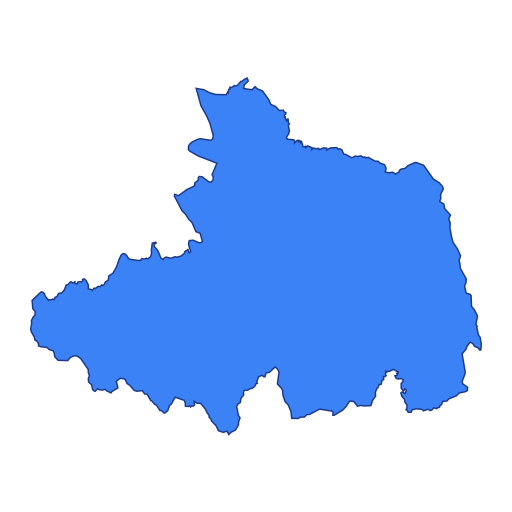 the district of Doi Tao, Chiang Mai, Thailand
{"feature_id": "78962969B78761446480435", "entity_name": "Doi Tao", "entity_type": "district", "adm_level": 2, "iso_a3": "THA", "parent_name": "Thailand", "parent_adm1": "Chiang Mai", "projection": "robinson", "projection_center": [98.654, 17.929], "detail": "fine", "context": "isolated", "style": "filled", "palette": "blue", "viewbox_px": 512, "rotation_deg": 0, "n_neighbors": 0, "source": "geoboundaries", "source_scale": "gbopen_adm2", "svg_char_len": 6029}
<svg xmlns="http://www.w3.org/2000/svg" viewBox="0 0 512 512"><path d="M385.3,171.9L386.1,168.3L384.6,164.8L379.5,162.8L378.3,161.3L374.9,161.1L368.2,157.3L365.9,157.8L364.5,156.8L363.0,157.4L361.1,155.8L357.6,156.5L354.8,156.1L353.2,157.4L351.2,157.5L345.9,154.5L343.6,154.0L341.8,149.7L339.4,148.7L338.4,149.3L336.7,147.6L330.6,147.9L326.5,150.1L326.7,148.2L323.5,147.8L319.4,149.7L318.6,148.3L316.0,148.8L313.7,148.0L311.6,149.6L312.0,147.7L308.6,146.2L307.4,145.9L305.9,147.6L305.5,146.3L304.1,147.1L303.0,146.6L301.7,142.2L300.6,142.9L300.2,142.0L300.9,141.2L299.3,140.5L298.5,141.4L298.3,140.4L296.8,140.7L294.5,142.9L294.7,141.3L293.8,139.8L287.2,139.2L286.5,137.0L288.6,134.0L289.4,131.0L288.3,124.9L289.5,123.9L288.3,122.6L288.1,119.1L287.3,119.1L286.5,120.7L285.1,118.0L285.4,116.9L284.6,116.9L284.4,114.8L285.7,114.1L285.9,112.6L284.2,112.1L283.4,110.2L279.3,110.5L275.7,106.6L270.7,104.4L269.1,100.2L262.4,90.8L257.4,88.9L255.0,86.6L252.0,89.8L243.6,88.5L244.4,84.7L247.9,81.5L248.2,80.2L247.2,78.8L247.3,77.5L246.6,78.7L245.0,78.9L241.6,81.6L240.8,81.4L237.6,85.2L235.6,86.0L234.3,85.6L232.0,87.3L229.9,87.3L230.0,89.0L228.8,89.2L229.0,90.7L227.8,91.5L228.0,92.7L227.6,92.4L226.0,94.7L215.8,94.5L209.8,92.8L203.7,89.7L196.2,88.4L201.0,105.8L206.6,115.8L210.0,123.5L213.2,135.4L213.0,137.5L212.3,139.3L210.6,140.3L200.3,138.7L197.2,139.5L192.1,142.0L189.8,144.0L188.5,146.2L188.4,149.7L189.9,151.2L198.5,156.1L216.9,163.2L212.1,174.6L213.2,177.0L213.0,180.1L211.5,181.7L210.1,182.3L208.5,181.6L202.1,176.8L199.4,176.5L198.4,177.3L198.2,180.1L194.8,183.0L194.5,186.0L187.1,189.4L178.4,195.7L174.8,194.3L174.3,195.9L182.0,210.7L185.5,214.2L188.7,219.3L192.0,222.5L196.0,231.7L200.2,233.4L202.4,241.5L201.2,242.5L199.2,242.8L193.2,240.2L189.2,240.6L188.5,244.3L190.7,251.5L189.5,252.8L188.9,252.8L187.9,249.5L184.7,251.7L184.5,253.2L180.7,256.2L176.6,257.2L175.1,256.7L170.8,258.3L166.1,257.1L164.3,257.9L163.2,259.6L160.9,257.9L157.7,250.4L154.3,246.5L154.2,244.4L156.2,243.0L155.7,242.2L152.3,243.1L151.4,249.5L151.5,254.0L150.4,256.9L147.5,259.0L146.2,258.1L144.3,259.2L141.9,258.5L140.5,260.4L138.3,260.5L129.9,259.3L128.6,258.5L126.6,255.4L124.7,253.7L123.3,253.6L121.4,254.7L119.1,259.3L116.5,267.0L112.9,273.3L108.9,275.8L108.1,280.3L105.3,282.0L104.2,284.6L102.7,285.6L101.8,284.8L100.3,286.5L98.0,286.5L95.2,288.6L94.2,288.1L92.2,290.6L91.4,289.6L88.4,288.9L88.3,284.9L86.1,280.5L84.3,278.9L82.6,279.3L82.6,281.0L81.9,281.6L77.9,282.0L77.1,284.0L74.5,283.1L74.8,281.9L72.5,282.9L70.9,281.7L70.2,282.1L68.0,284.6L66.2,285.0L64.1,290.4L61.5,293.0L58.6,293.4L56.7,297.0L55.1,297.2L54.3,299.6L52.5,299.0L51.0,300.0L49.0,299.6L48.3,300.2L45.0,295.7L44.6,293.8L42.7,292.1L41.1,291.9L32.1,300.4L32.8,308.7L35.2,311.6L34.9,315.4L33.1,317.1L31.4,320.7L31.7,323.1L30.7,328.9L31.2,331.5L34.5,337.5L34.6,339.6L35.5,340.6L36.6,340.7L38.6,343.8L38.4,345.8L41.1,346.8L46.8,347.3L49.3,349.6L53.2,350.8L54.2,353.1L54.7,356.7L58.1,360.3L67.7,360.6L70.2,357.6L74.1,355.7L77.4,356.2L80.6,358.4L88.3,369.6L88.3,372.6L89.4,375.6L88.3,378.8L88.6,382.0L91.7,384.8L92.6,389.6L94.4,391.1L95.2,391.3L97.6,388.6L98.9,389.6L102.2,390.1L105.1,389.3L106.7,390.9L111.0,392.9L111.8,391.6L117.9,387.9L116.4,381.4L119.6,378.6L121.5,378.4L125.0,379.1L127.1,383.6L129.8,385.3L134.1,390.3L136.7,391.2L142.5,390.7L144.6,394.0L147.1,394.2L150.8,400.6L152.0,401.1L154.9,404.6L156.4,405.0L159.9,410.5L161.7,410.7L163.9,413.0L165.1,413.0L167.8,410.5L169.4,405.8L171.3,404.1L175.2,397.2L184.2,400.3L185.3,403.0L185.4,406.2L188.0,406.5L189.2,405.8L190.6,407.0L191.3,406.1L193.7,406.0L194.5,404.9L194.2,401.3L197.2,403.3L200.6,403.3L205.4,409.1L207.3,413.2L208.9,414.9L209.2,417.3L211.0,419.2L211.4,420.8L216.1,425.8L218.4,430.7L223.2,432.3L227.1,431.2L228.7,434.5L231.0,432.3L235.5,430.0L238.4,424.9L238.5,422.3L240.0,417.9L238.5,415.7L236.6,406.5L238.3,403.7L240.3,402.5L240.9,398.4L243.8,394.7L243.3,392.9L244.3,390.2L247.5,390.2L250.7,388.4L252.0,388.5L254.7,386.4L256.1,383.6L257.3,383.4L256.7,382.1L258.5,376.9L262.0,375.3L264.0,376.9L265.0,376.7L266.0,373.0L269.4,372.3L275.1,367.0L277.8,369.3L279.0,372.3L277.4,384.0L281.7,388.5L282.6,390.7L283.0,395.5L285.1,401.6L288.2,404.9L291.0,411.7L291.7,418.3L298.2,418.5L300.4,417.1L304.3,417.1L306.9,414.6L309.7,414.4L319.6,409.1L331.9,411.1L333.1,411.9L332.8,415.2L334.3,415.2L342.8,410.0L346.4,406.1L349.4,401.5L350.5,401.0L353.8,401.6L357.5,406.2L360.6,405.4L364.3,406.0L370.9,405.6L372.6,400.4L375.5,396.3L375.4,392.2L377.0,388.2L378.0,387.6L379.1,384.6L381.2,384.2L382.0,380.3L383.7,379.6L383.4,376.6L384.2,376.9L386.1,375.7L385.4,373.7L385.6,372.7L386.5,372.4L385.9,371.2L389.2,371.5L393.2,369.4L398.3,372.0L398.2,372.9L396.7,373.3L397.5,374.8L397.2,375.2L394.9,375.8L396.1,378.2L397.3,378.9L401.8,378.7L403.1,379.6L402.8,381.8L401.2,383.4L401.2,388.1L403.5,391.2L405.0,388.7L406.0,389.5L406.2,390.9L405.2,393.4L402.1,392.0L400.9,392.9L401.8,396.3L404.5,399.4L405.0,402.4L407.0,404.8L406.9,408.2L406.1,409.7L407.2,410.3L408.1,412.2L411.1,412.3L412.3,409.7L416.6,408.8L421.8,409.3L423.5,410.8L427.8,409.3L430.5,410.5L432.1,409.8L433.8,407.8L436.6,408.7L437.8,407.6L439.5,407.4L439.9,405.6L441.4,404.7L442.8,401.4L446.9,401.0L448.9,398.8L456.4,395.8L459.2,393.0L465.4,391.7L467.4,390.5L467.5,387.2L462.9,384.0L462.0,381.7L465.0,373.9L465.2,371.8L462.1,353.9L465.9,349.3L467.2,345.9L470.1,342.2L472.7,343.4L474.4,346.2L478.5,348.2L479.8,350.1L480.9,349.9L481.3,343.9L480.1,337.3L478.4,334.9L476.9,327.9L477.1,326.2L475.9,324.3L477.5,316.1L474.4,309.8L471.5,306.4L471.1,295.6L470.1,294.3L466.7,293.4L465.9,292.0L464.6,285.9L466.0,282.5L466.3,279.1L460.2,268.0L459.9,263.4L459.0,260.8L460.5,255.7L457.3,248.6L453.1,242.5L452.0,238.8L449.9,228.0L450.2,223.0L448.9,219.7L449.1,217.8L450.5,215.2L444.8,208.7L443.9,204.2L439.6,201.4L440.8,198.8L440.6,194.2L443.3,189.0L442.5,186.4L439.3,182.8L433.4,179.1L423.7,165.3L416.6,162.6L415.1,162.5L407.7,165.8L405.2,168.3L400.9,169.2L399.5,170.4L399.2,171.8L395.5,174.1L392.7,172.2L388.5,172.8L385.3,171.9Z" fill="#3b82f6" stroke="#1e3a8a" stroke-width="1.5"/></svg>